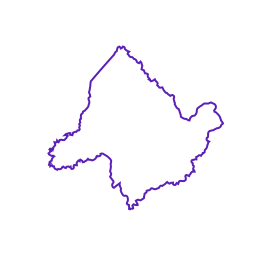 the district of Montes Altos, Maranhão, Brazil, rotated 329°
{"feature_id": "56859067B69615638482007", "entity_name": "Montes Altos", "entity_type": "district", "adm_level": 2, "iso_a3": "BRA", "parent_name": "Brazil", "parent_adm1": "Maranhão", "projection": "natural_earth1", "projection_center": [-47.061, -5.84], "detail": "fine", "context": "isolated", "style": "outline", "palette": "violet", "viewbox_px": 256, "rotation_deg": 329, "n_neighbors": 0, "source": "geoboundaries", "source_scale": "gbopen_adm2", "svg_char_len": 5528}
<svg xmlns="http://www.w3.org/2000/svg" viewBox="0 0 256 256"><g transform="rotate(329 128 128)"><path d="M162.4,53.7L161.0,53.6L160.2,54.0L157.8,56.4L156.4,56.4L154.8,57.2L153.9,58.0L152.7,58.3L151.4,58.7L134.6,64.0L120.2,68.8L118.3,71.1L117.6,72.3L116.3,73.7L114.8,75.6L113.6,76.7L112.9,77.4L112.6,79.6L111.9,81.5L109.6,82.0L108.9,83.2L108.5,85.3L107.8,86.5L106.5,87.6L105.1,89.1L102.7,90.1L101.6,90.3L99.9,90.9L97.8,90.8L96.8,91.9L94.7,92.3L93.7,93.6L93.0,94.8L92.4,95.9L91.3,95.9L90.5,96.9L89.9,98.7L88.1,99.6L88.1,101.1L86.5,102.3L85.9,104.3L84.8,104.8L83.4,104.0L81.8,104.7L80.8,104.1L78.5,103.7L77.6,104.7L76.6,105.5L75.8,104.8L74.9,104.0L75.9,102.8L75.1,102.1L73.3,101.7L71.8,101.2L70.2,101.6L72.4,102.6L72.3,103.7L71.4,103.8L70.1,104.8L67.2,105.5L65.8,104.7L64.7,103.6L63.2,103.1L62.4,103.9L61.3,104.4L60.8,102.2L59.8,103.6L58.9,103.3L57.7,102.3L57.3,103.8L56.8,105.3L53.5,106.3L53.2,107.4L52.3,107.9L51.3,107.7L50.3,108.4L49.1,107.9L48.1,108.7L46.8,108.8L46.7,110.0L47.4,111.3L48.2,112.6L49.6,113.2L50.1,114.2L49.0,114.3L48.1,114.7L46.5,115.6L45.8,116.7L44.8,116.6L43.6,116.7L43.6,117.9L42.8,117.4L41.3,118.9L42.1,119.6L41.6,120.8L42.7,120.7L43.7,120.7L43.7,122.1L44.8,122.7L44.5,123.7L44.3,125.0L45.1,126.3L45.8,127.4L46.9,127.1L47.7,127.8L48.6,128.3L50.1,128.5L51.3,127.7L52.6,127.7L53.2,129.4L54.1,130.3L55.2,129.6L57.0,130.2L57.8,131.5L58.9,131.5L58.4,132.6L58.6,134.1L60.0,134.6L61.2,134.1L61.7,132.7L62.8,132.0L63.9,132.8L65.0,133.6L65.6,132.0L66.7,131.0L67.7,130.7L68.8,130.4L69.4,131.5L69.9,130.7L70.8,130.5L71.4,131.7L71.9,132.6L71.6,134.0L72.6,134.5L74.0,134.4L75.5,134.5L76.9,134.1L77.8,133.8L78.0,135.0L79.5,135.9L80.2,137.0L81.3,137.5L82.9,137.7L84.1,137.5L85.4,137.1L86.3,136.1L87.2,136.0L87.6,136.9L88.6,137.1L89.6,137.5L90.5,137.2L91.1,136.0L92.5,136.4L93.2,137.0L95.7,141.7L96.0,142.7L96.8,145.5L96.8,147.2L95.9,148.6L94.5,150.0L93.6,152.1L92.2,153.9L91.2,155.0L90.4,155.8L90.1,157.8L89.9,158.8L88.9,159.7L87.6,160.5L87.6,161.5L87.9,164.4L88.1,166.1L87.5,167.2L86.1,167.7L84.9,168.9L84.5,170.9L85.2,172.0L88.6,171.5L92.5,171.1L91.5,172.5L91.1,173.8L91.0,175.1L90.7,176.6L89.7,177.5L89.2,179.4L89.1,181.3L89.2,183.2L89.8,184.2L91.2,184.8L92.0,186.0L91.9,187.3L91.4,188.7L90.8,189.7L90.1,190.5L89.0,191.2L88.0,192.3L88.3,193.4L89.2,194.4L88.5,195.6L87.9,197.0L87.2,197.9L87.8,198.7L88.9,198.5L90.1,199.5L91.1,199.5L91.7,198.1L91.7,196.9L92.5,196.5L93.6,196.3L94.3,197.5L95.2,198.2L96.5,199.0L97.1,198.1L97.0,197.0L97.1,195.9L97.3,194.4L98.4,194.4L99.7,194.6L100.6,195.7L101.6,196.5L103.5,196.4L104.7,196.4L105.8,196.2L106.3,195.1L107.5,194.1L108.4,192.8L109.8,192.8L110.9,192.5L111.7,191.4L112.7,191.6L113.8,192.2L115.5,192.2L116.9,191.7L117.9,192.4L118.7,193.6L119.6,194.4L120.7,194.8L122.1,194.9L123.4,195.3L124.5,194.7L125.4,194.4L126.6,194.4L127.5,195.3L128.5,195.2L129.7,195.2L131.5,195.0L132.7,194.6L133.8,194.5L134.2,196.0L134.8,197.0L135.7,197.1L136.6,197.1L137.5,197.7L138.4,198.0L137.7,199.2L138.2,200.6L139.4,201.2L140.4,200.7L141.3,200.2L142.2,201.8L143.0,201.2L143.9,200.2L145.1,200.1L146.0,200.5L147.1,201.3L148.0,202.0L149.0,202.4L150.5,202.3L151.3,201.5L151.9,200.4L152.2,199.0L153.1,198.3L154.0,198.4L154.7,199.4L155.7,200.7L156.6,199.8L158.1,199.5L158.9,198.8L160.2,198.6L161.4,198.9L162.6,199.7L162.9,198.4L162.3,197.5L163.0,196.3L163.8,195.7L164.8,194.6L164.5,193.3L164.9,192.2L165.4,191.4L164.9,190.1L165.3,189.1L166.3,188.5L167.2,188.7L168.2,189.2L169.5,189.4L170.5,190.1L171.1,188.9L171.5,188.0L172.5,188.2L173.8,188.1L174.7,187.9L175.6,188.4L176.3,189.4L177.3,188.8L178.3,188.7L179.2,187.9L180.0,188.4L181.2,188.2L181.9,187.2L182.7,186.4L184.0,186.1L185.3,185.5L186.4,184.5L187.3,183.5L188.2,182.9L189.2,181.9L190.6,181.4L189.5,180.0L189.4,178.4L190.3,177.1L191.5,177.1L192.4,176.2L193.2,175.1L193.8,173.9L194.9,173.0L196.3,172.6L198.0,173.1L200.1,173.8L201.7,173.8L202.9,173.9L204.2,174.0L205.3,174.6L207.1,174.7L208.4,174.3L209.3,173.6L210.3,173.2L211.7,173.1L211.9,171.7L211.6,169.9L212.0,168.0L212.3,166.9L212.5,165.6L212.4,163.8L211.9,161.5L211.5,160.0L210.5,158.5L210.9,157.3L212.4,156.7L213.6,156.0L214.5,154.7L214.7,153.4L214.5,152.1L213.8,151.1L213.1,150.1L212.3,148.8L209.5,148.4L208.1,147.6L207.0,146.9L206.2,146.4L205.1,146.3L204.1,146.4L203.0,146.6L201.9,146.6L200.5,146.6L197.9,146.9L197.0,147.4L196.0,148.4L195.4,149.4L194.4,150.4L193.0,151.2L192.0,151.6L190.8,151.5L189.3,150.8L186.6,151.4L184.6,153.2L183.6,152.3L183.0,151.0L182.5,150.1L181.4,149.4L180.7,148.6L179.8,147.1L179.1,145.6L180.0,143.8L180.3,142.2L180.5,141.1L180.9,140.0L181.0,138.9L181.2,137.8L180.6,136.9L180.2,135.6L180.2,134.1L180.3,131.8L181.1,130.7L181.2,129.5L181.7,128.1L182.2,126.4L183.5,125.4L183.8,124.1L183.2,122.7L182.0,122.2L180.8,122.3L180.4,121.1L179.7,119.6L179.4,118.0L178.6,117.3L178.3,115.8L178.1,113.8L178.2,112.5L178.4,110.9L176.5,110.1L175.7,109.5L175.5,107.9L175.0,106.5L176.5,104.9L176.4,103.4L176.0,102.0L176.1,100.1L174.8,100.3L173.8,100.2L172.6,100.0L171.7,99.7L171.6,98.3L171.0,97.3L171.8,97.3L171.6,95.9L171.3,94.5L171.9,93.2L172.7,92.2L172.2,91.0L170.8,90.0L171.0,88.3L171.3,86.6L170.6,85.9L169.9,84.5L170.6,83.9L171.4,82.9L172.3,82.1L172.6,80.4L173.1,79.2L172.9,77.5L171.7,77.9L170.8,78.1L169.9,76.8L169.6,75.7L170.0,74.6L169.7,73.0L168.6,71.8L168.4,70.2L167.9,69.2L166.7,68.5L166.2,67.4L166.2,65.9L165.8,64.4L166.8,63.5L168.3,63.1L167.5,62.1L166.7,60.8L166.0,58.6L166.6,57.3L166.2,56.2L165.4,55.5L164.0,56.3L162.7,56.1L162.9,54.9L162.4,53.7ZM51.3,107.7L51.4,106.2L50.6,105.6L49.7,106.0L50.3,106.7L51.3,107.7Z" fill="none" stroke="#5b21b6" stroke-width="2"/></g></svg>